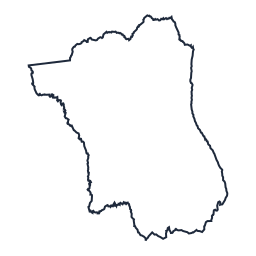 outline of Medicilândia, Pará, Brazil
{"feature_id": "56859067B67123730011126", "entity_name": "Medicilândia", "entity_type": "district", "adm_level": 2, "iso_a3": "BRA", "parent_name": "Brazil", "parent_adm1": "Pará", "projection": "equal_earth", "projection_center": [-53.215, -3.165], "detail": "fine", "context": "isolated", "style": "outline", "palette": "slate", "viewbox_px": 256, "rotation_deg": 0, "n_neighbors": 0, "source": "geoboundaries", "source_scale": "gbopen_adm2", "svg_char_len": 5732}
<svg xmlns="http://www.w3.org/2000/svg" viewBox="0 0 256 256"><path d="M171.5,16.9L170.2,18.1L169.3,17.8L168.7,18.7L167.6,18.6L167.0,19.1L166.0,18.1L164.0,19.3L163.3,18.2L162.4,19.2L161.2,18.8L160.3,20.2L159.1,20.5L157.6,19.2L155.9,19.7L155.2,19.0L154.0,20.0L153.3,20.0L152.9,18.8L151.8,18.2L151.4,17.3L150.6,16.4L149.9,16.5L149.3,15.7L148.6,16.0L147.3,15.4L144.2,18.0L143.8,19.3L143.3,19.7L143.6,21.1L143.4,22.1L140.0,24.9L139.2,25.0L139.2,25.8L138.6,26.8L137.9,26.5L137.1,27.8L137.0,28.9L136.3,29.9L133.8,32.2L133.8,32.9L132.4,34.0L132.8,35.2L132.0,36.8L131.3,36.5L130.7,37.7L130.5,38.9L129.1,40.1L128.9,39.4L128.4,38.8L126.4,39.2L125.7,38.7L125.4,37.7L124.4,37.2L124.6,36.3L124.2,35.8L123.2,35.5L122.7,34.5L121.7,34.5L121.5,33.8L120.0,32.9L119.4,33.3L118.0,32.6L116.7,32.9L115.6,31.6L114.4,31.9L112.0,31.6L111.4,32.5L109.8,32.0L109.2,32.4L108.4,32.1L107.2,32.8L106.5,31.8L103.5,34.4L102.8,37.4L102.0,38.0L101.6,37.6L100.3,37.2L98.0,38.6L97.0,40.0L95.8,40.4L91.7,39.5L90.9,38.1L90.3,37.8L87.9,39.3L87.7,41.9L86.8,42.0L86.1,41.1L84.2,40.1L83.6,41.0L81.6,42.2L81.5,43.0L80.6,43.7L78.8,44.2L77.3,43.9L75.4,45.5L74.8,46.7L73.8,46.8L72.4,48.7L72.2,49.8L72.7,51.7L71.6,55.3L71.1,55.6L70.8,56.8L70.1,57.7L70.0,60.4L28.7,65.4L28.9,66.8L30.6,67.8L31.2,68.6L31.5,70.5L32.3,71.0L32.9,72.1L32.6,73.2L31.7,73.2L31.4,73.8L31.4,75.0L32.7,79.2L33.2,82.5L33.1,83.6L32.2,83.6L32.3,84.2L34.6,86.6L34.4,87.6L34.7,89.3L36.6,93.4L38.4,95.2L38.9,95.4L39.4,95.1L39.3,94.3L39.8,93.9L40.6,95.0L41.6,95.3L43.2,94.6L44.2,94.8L44.7,94.4L45.8,94.8L49.4,94.6L49.5,96.1L50.1,96.8L51.0,96.3L51.4,95.8L51.7,94.4L52.2,94.3L53.4,95.1L52.7,96.9L52.9,97.6L54.5,97.7L54.9,97.3L55.9,97.7L57.3,97.0L57.5,99.0L57.1,100.3L57.9,101.3L59.0,100.1L60.6,100.2L61.0,100.8L60.6,102.2L61.1,104.5L61.6,105.1L62.7,103.5L63.3,103.4L63.8,104.7L63.7,106.1L64.2,107.3L63.8,108.9L64.8,109.5L65.4,110.6L65.1,111.3L64.0,111.4L64.6,112.8L65.6,113.0L64.7,116.5L65.8,118.2L66.5,118.2L68.6,119.6L68.1,120.9L68.0,122.4L67.5,122.6L67.4,123.3L67.7,123.9L69.3,124.5L69.9,125.5L70.6,125.3L70.9,126.0L71.4,126.3L71.9,125.9L73.8,130.2L74.3,130.3L76.5,132.5L78.6,133.4L79.2,135.5L78.6,138.2L79.8,139.4L80.4,139.4L80.5,138.7L81.0,138.8L81.7,141.7L83.0,141.6L83.9,142.5L84.3,146.2L86.1,150.7L86.4,152.9L86.7,153.5L87.7,153.4L88.2,154.9L88.7,155.2L88.1,156.9L88.3,157.5L88.2,158.3L87.4,160.5L88.0,162.6L87.9,163.4L87.5,163.8L88.3,167.4L88.1,168.3L88.3,169.1L87.9,170.5L88.3,172.8L88.8,172.8L88.6,175.0L87.9,176.5L88.3,177.3L88.0,179.9L88.4,180.8L88.9,180.9L89.3,180.5L90.3,180.9L91.0,182.3L90.5,182.6L90.1,182.1L89.1,183.8L89.3,184.5L90.0,184.2L90.2,184.9L89.6,186.7L89.5,188.2L88.4,189.5L88.0,189.1L87.6,189.6L88.1,190.3L89.1,190.6L90.3,192.2L90.6,192.9L90.4,194.6L91.4,194.6L91.9,195.0L92.0,195.8L91.7,200.9L90.0,202.9L89.1,206.6L88.4,207.0L89.6,211.3L90.5,210.7L91.2,212.1L92.5,212.9L92.6,211.2L93.3,210.8L94.3,212.1L95.5,212.5L96.9,212.3L97.8,212.7L97.7,213.4L99.0,213.4L99.3,212.8L99.3,211.7L99.8,211.8L100.1,211.1L101.2,211.0L101.8,210.2L103.6,209.5L104.3,208.9L105.0,206.6L107.0,205.3L107.6,205.1L108.3,206.4L109.6,206.4L110.5,205.8L110.7,206.7L111.8,205.6L112.9,206.3L113.4,205.6L113.1,205.0L113.8,203.8L114.1,205.7L115.4,205.8L115.4,204.2L116.4,206.0L116.6,205.1L118.3,204.8L118.5,204.0L119.7,204.8L119.8,203.5L120.4,202.8L122.6,204.3L123.7,202.3L124.6,203.2L125.0,202.7L126.1,204.1L126.7,203.5L126.6,202.8L127.7,202.6L127.8,203.3L128.8,203.8L129.1,204.4L129.2,205.6L129.8,206.6L130.2,209.3L131.0,209.8L131.2,210.8L130.8,211.7L131.7,213.7L131.5,216.9L132.8,218.5L134.0,219.4L133.7,220.5L134.4,225.2L134.2,226.0L135.1,226.2L135.7,227.7L137.5,229.7L138.1,232.4L138.9,232.5L140.5,235.2L141.7,235.4L144.0,236.7L145.7,238.4L145.6,240.6L146.6,238.8L147.8,237.8L148.6,236.3L152.2,232.4L154.5,234.6L156.2,234.4L158.2,236.1L160.3,237.0L163.1,238.8L166.2,237.2L166.0,233.3L166.5,232.0L166.2,230.9L167.3,230.5L167.8,228.0L169.0,227.2L169.5,230.1L170.7,232.1L170.9,233.0L172.3,232.9L172.8,232.4L173.3,231.2L175.4,230.0L175.4,229.3L175.9,228.9L177.3,230.1L178.7,230.4L181.5,230.1L183.0,231.0L187.4,232.2L188.9,233.5L191.7,233.0L192.7,232.3L193.3,232.5L196.5,230.0L196.8,230.5L197.9,231.0L199.7,231.1L202.1,232.0L204.3,229.4L204.2,226.3L204.8,225.8L205.9,222.2L207.4,221.1L211.3,221.0L211.2,220.3L212.1,217.8L211.9,216.0L212.7,214.9L213.1,215.0L213.5,214.4L213.8,210.7L214.1,210.1L215.2,209.7L216.1,210.6L217.0,210.6L217.7,209.7L217.2,205.7L218.3,202.1L219.5,201.5L220.3,202.3L220.1,204.8L221.3,204.4L222.0,204.5L222.5,204.1L225.0,200.0L225.7,197.8L227.0,195.8L227.2,194.8L227.3,193.1L226.4,190.8L226.2,188.7L225.6,187.4L225.2,183.4L224.5,181.5L223.1,180.2L223.1,177.2L222.3,175.7L222.2,173.6L221.8,171.4L222.2,170.6L222.2,169.7L220.3,167.8L219.0,165.6L218.1,163.3L218.0,162.5L216.5,159.8L214.3,153.6L213.8,153.0L212.7,150.3L210.5,148.2L210.0,145.7L208.3,144.4L207.6,141.5L206.8,141.3L206.6,140.3L205.7,139.1L205.2,139.5L204.3,136.4L203.8,136.4L203.3,135.8L201.8,132.8L201.0,132.6L199.8,129.8L198.1,128.3L197.5,125.9L196.8,125.5L195.8,122.6L195.0,121.3L194.4,118.7L193.3,116.4L193.4,114.8L192.4,113.4L192.4,111.6L191.7,109.5L191.1,104.2L191.5,103.5L191.4,101.7L191.9,99.8L191.5,97.9L191.9,95.7L191.6,94.1L191.7,93.4L191.5,91.8L192.2,89.7L191.7,88.0L192.5,85.3L192.5,84.6L191.6,83.1L191.0,83.0L190.3,81.2L190.4,79.4L191.0,78.0L191.3,72.7L191.7,71.3L191.1,67.9L191.7,66.2L191.4,64.3L191.7,59.5L192.6,55.8L193.0,51.3L193.7,49.5L193.2,48.8L192.9,47.0L192.4,47.7L191.8,47.8L190.8,46.4L190.8,45.3L190.0,45.8L187.5,44.5L184.8,44.8L184.4,43.4L183.4,42.1L182.8,41.9L182.5,41.1L181.2,41.0L179.8,39.9L180.3,39.7L179.4,38.4L179.7,36.6L179.4,35.9L179.5,35.1L178.6,34.5L178.6,32.5L176.1,27.2L175.3,25.1L175.4,24.1L174.9,22.3L173.4,21.4L173.2,20.6L172.0,19.4L171.5,16.9Z" fill="none" stroke="#1e293b" stroke-width="2"/></svg>